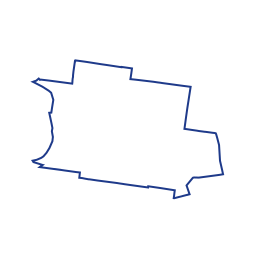 Ulmeni, Calarasi, Romania (Mercator projection), rotated 102°
{"feature_id": "2599482B95342273049795", "entity_name": "Ulmeni", "entity_type": "district", "adm_level": 2, "iso_a3": "ROU", "parent_name": "Romania", "parent_adm1": "Calarasi", "projection": "mercator", "projection_center": [26.717, 44.181], "detail": "fine", "context": "isolated", "style": "outline", "palette": "blue", "viewbox_px": 256, "rotation_deg": 102, "n_neighbors": 0, "source": "geoboundaries", "source_scale": "gbopen_adm2", "svg_char_len": 1665}
<svg xmlns="http://www.w3.org/2000/svg" viewBox="0 0 256 256"><g transform="rotate(102 128 128)"><path d="M179.8,214.5L180.4,213.9L181.0,213.4L181.1,212.3L181.6,207.0L181.9,204.1L181.9,203.8L184.6,206.2L182.9,184.1L182.7,180.9L182.1,172.6L181.9,169.8L181.6,166.8L181.5,165.8L186.8,165.3L186.5,162.1L186.5,160.4L186.5,159.7L186.4,156.7L186.4,156.1L186.2,154.8L185.7,146.9L184.1,127.2L184.0,124.9L183.8,121.9L183.7,119.8L183.3,114.0L182.8,107.1L182.5,102.8L182.0,96.0L180.8,96.1L180.0,83.9L179.2,69.3L183.1,69.0L183.3,69.0L183.7,68.9L187.1,68.7L187.1,68.3L186.9,67.9L180.0,54.0L172.0,58.8L163.2,54.2L162.7,53.2L162.5,52.2L161.8,48.4L154.8,28.7L153.5,25.4L149.3,27.3L140.9,31.2L125.7,35.4L122.9,36.8L121.7,37.4L119.5,38.5L115.9,40.4L115.0,41.0L114.9,41.1L114.9,41.5L114.9,42.5L115.1,44.2L115.3,47.1L115.6,51.0L115.8,52.7L115.9,54.2L116.1,56.6L116.2,57.8L116.3,60.5L116.6,65.0L116.9,70.0L117.1,72.6L106.3,73.4L96.2,74.1L74.7,75.3L75.3,82.5L75.9,90.3L76.4,97.1L76.9,103.7L77.0,105.9L77.2,108.1L77.5,112.8L78.5,123.7L79.2,131.2L79.7,135.8L74.3,136.1L68.9,136.5L69.1,139.7L69.6,147.0L69.9,147.0L70.8,161.9L71.2,167.8L71.8,179.2L72.0,182.5L72.3,186.9L72.8,193.5L73.7,193.5L73.7,193.8L84.1,193.1L88.0,192.7L89.5,192.4L90.1,192.4L91.0,192.4L92.0,192.3L93.0,192.2L94.9,191.9L96.2,191.8L98.0,214.7L98.8,223.5L99.0,223.9L99.2,224.1L98.2,225.6L100.8,227.6L101.3,228.5L102.6,230.6L102.9,229.4L105.4,220.3L108.1,213.1L109.5,210.5L116.0,206.9L124.1,206.5L128.9,206.2L129.5,208.2L139.8,203.6L141.0,203.1L143.8,201.9L147.0,201.8L152.4,199.6L156.7,199.2L164.0,200.7L169.3,202.6L173.3,204.8L175.2,206.6L178.1,210.7L179.8,214.5Z" fill="none" stroke="#1e3a8a" stroke-width="2"/></g></svg>